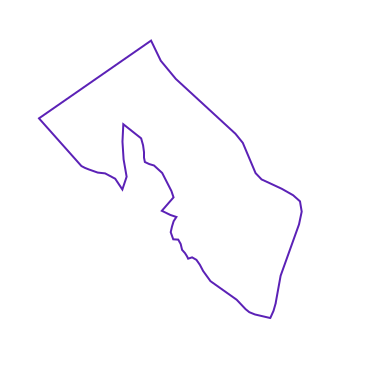 SVG path tracing the border of Compostela Valley, rotated 325°
{"feature_id": "PHL-2592", "entity_name": "Compostela Valley", "entity_type": "Province", "adm_level": 1, "iso_a3": "PHL", "parent_name": "Philippines", "parent_adm1": "", "projection": "natural_earth1", "projection_center": [125.941, 7.522], "detail": "fine", "context": "isolated", "style": "outline", "palette": "violet", "viewbox_px": 384, "rotation_deg": 325, "n_neighbors": 0, "source": "natural_earth", "source_scale": "10m", "svg_char_len": 928}
<svg xmlns="http://www.w3.org/2000/svg" viewBox="0 0 384 384"><g transform="rotate(325 192 192)"><path d="M183.8,340.1L173.3,328.4L170.0,323.3L168.7,318.7L166.8,305.9L156.0,275.7L155.8,263.1L156.7,256.2L156.7,250.1L154.6,245.6L150.6,244.4L151.0,242.0L151.2,238.0L150.7,233.7L152.9,228.1L153.4,223.1L149.5,220.0L151.5,212.7L155.7,208.9L160.2,205.4L164.9,203.5L161.1,198.4L156.5,190.1L173.8,185.8L175.7,179.4L178.5,159.3L176.1,148.5L173.0,144.6L170.6,140.4L172.4,136.3L175.5,131.9L178.7,125.7L181.1,118.9L174.6,97.1L163.9,110.9L154.7,126.0L147.2,142.0L136.4,150.0L136.7,137.1L131.5,126.9L125.9,122.0L120.4,114.3L118.1,110.8L116.3,107.3L108.9,44.0L108.9,43.9L245.3,44.5L241.7,66.6L243.6,90.1L261.0,169.3L261.8,180.9L254.9,213.0L256.2,221.6L267.4,240.9L273.0,252.7L275.1,261.6L270.6,271.0L261.1,279.9L216.6,311.4L196.9,330.9L196.9,331.0L190.6,336.1L183.9,340.1L183.8,340.1Z" fill="none" stroke="#5b21b6" stroke-width="2"/></g></svg>